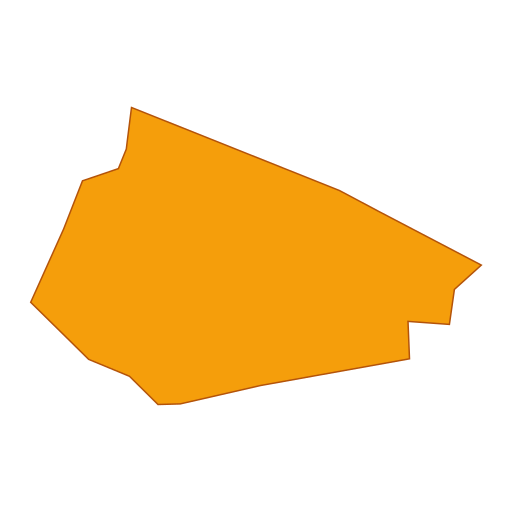 outline of Spencer, Kentucky, United States of America
{"feature_id": "52423323B77843933452761", "entity_name": "Spencer", "entity_type": "district", "adm_level": 2, "iso_a3": "USA", "parent_name": "United States of America", "parent_adm1": "Kentucky", "projection": "equal_earth", "projection_center": [-85.343, 38.044], "detail": "fine", "context": "isolated", "style": "filled", "palette": "amber", "viewbox_px": 512, "rotation_deg": 0, "n_neighbors": 0, "source": "geoboundaries", "source_scale": "gbopen_adm2", "svg_char_len": 379}
<svg xmlns="http://www.w3.org/2000/svg" viewBox="0 0 512 512"><path d="M126.3,149.1L118.4,168.6L82.5,180.8L63.6,229.1L30.7,302.3L60.7,331.8L88.7,359.4L129.5,376.3L158.0,404.5L180.2,403.9L260.6,385.5L409.5,358.8L408.0,321.4L449.4,324.4L454.4,289.4L481.3,265.1L378.7,211.4L339.4,190.5L131.5,107.5L127.6,138.4L126.3,149.1Z" fill="#f59e0b" stroke="#b45309" stroke-width="1.5"/></svg>